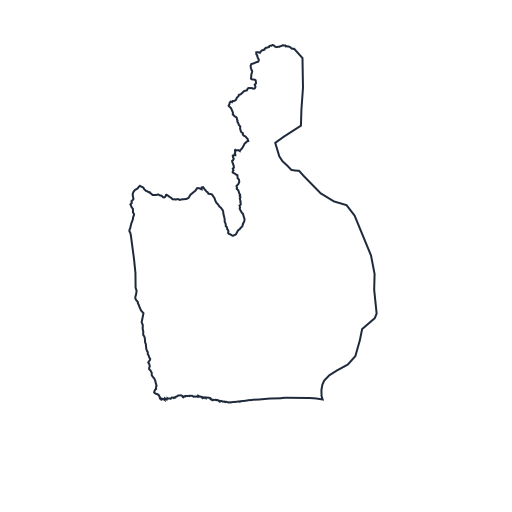 Tacna, Tacna, Peru, rotated 318°
{"feature_id": "86281439B72337675709954", "entity_name": "Tacna", "entity_type": "district", "adm_level": 2, "iso_a3": "PER", "parent_name": "Peru", "parent_adm1": "Tacna", "projection": "equal_earth", "projection_center": [-70.307, -17.872], "detail": "fine", "context": "isolated", "style": "outline", "palette": "slate", "viewbox_px": 512, "rotation_deg": 318, "n_neighbors": 0, "source": "geoboundaries", "source_scale": "gbopen_adm2", "svg_char_len": 6109}
<svg xmlns="http://www.w3.org/2000/svg" viewBox="0 0 512 512"><g transform="rotate(318 256 256)"><path d="M89.1,289.1L89.1,289.8L89.0,290.1L89.3,291.2L90.3,292.7L90.2,293.1L90.5,293.4L90.7,294.4L89.9,296.7L89.2,297.6L89.6,298.6L89.5,299.4L89.9,299.5L89.9,298.9L90.1,298.6L90.1,299.2L91.4,300.5L91.6,301.2L91.7,300.9L91.9,301.3L92.3,301.1L92.5,301.3L92.7,301.1L93.0,301.7L93.2,301.4L93.6,302.8L93.9,302.6L94.6,302.8L95.0,302.4L95.2,303.1L96.3,303.9L97.1,305.0L98.6,304.8L100.0,306.0L99.9,306.6L100.1,306.7L100.3,306.6L101.3,307.2L101.9,306.8L103.3,307.5L104.6,307.5L107.0,309.3L107.7,310.8L107.2,311.8L107.4,312.4L109.0,312.4L109.5,312.6L109.6,313.0L110.1,312.9L111.0,313.7L111.3,314.3L112.7,315.1L112.9,315.6L113.4,315.7L115.0,317.2L115.5,318.9L116.4,319.3L116.7,319.9L117.7,320.5L118.1,321.2L118.6,321.1L118.8,321.7L119.4,321.3L119.4,321.8L119.7,321.9L119.6,322.4L120.8,323.5L120.9,324.0L121.4,324.4L121.3,325.3L121.1,325.3L121.1,325.6L121.9,325.5L122.2,326.4L122.6,326.1L123.2,326.7L123.1,327.0L123.5,327.4L123.6,327.9L124.0,327.5L126.3,330.0L127.0,331.1L126.9,332.1L126.5,332.2L127.2,334.1L127.7,333.9L128.6,335.0L130.0,336.0L130.0,336.6L131.0,337.2L131.1,337.9L131.5,338.3L131.4,338.6L131.6,339.1L131.5,339.9L131.9,340.1L132.3,339.8L132.6,340.4L133.4,340.7L134.0,342.2L135.0,342.8L135.3,344.0L136.2,344.2L137.2,345.9L137.7,346.6L138.2,346.8L138.7,347.5L139.1,347.6L139.2,347.9L141.1,349.0L143.8,351.2L145.7,352.4L146.2,352.9L146.4,353.5L147.0,353.4L147.5,353.7L150.5,356.0L154.9,358.8L156.0,359.9L157.6,360.8L162.1,364.6L170.7,371.0L179.2,378.3L181.0,379.4L184.1,382.0L201.0,397.6L205.0,401.7L209.5,407.2L210.9,404.1L214.9,399.4L219.3,396.0L223.4,394.2L230.6,393.7L239.5,395.2L251.6,398.1L262.8,396.9L276.8,388.1L286.0,381.3L302.5,381.7L304.7,380.7L307.2,379.4L321.2,360.2L332.1,348.7L341.8,332.6L356.3,292.0L357.3,278.8L350.4,267.5L346.8,255.3L346.0,253.0L345.0,228.5L345.0,221.5L342.2,218.6L339.9,215.7L339.7,209.8L339.1,203.2L340.0,197.5L346.0,184.8L356.2,185.9L376.6,189.2L387.8,177.5L403.5,162.4L423.0,140.0L423.0,127.5L422.2,127.1L422.1,126.6L421.3,125.7L421.1,123.5L420.2,121.8L419.4,121.2L419.0,120.3L418.5,120.1L418.7,119.7L418.5,119.0L418.0,118.8L417.0,117.3L415.8,117.1L414.2,116.3L413.4,116.2L412.8,115.5L411.1,114.6L410.3,113.4L410.1,111.3L409.4,110.2L408.2,110.1L407.5,109.4L406.5,108.9L405.6,109.4L404.5,109.0L402.7,107.9L402.2,108.1L401.5,107.8L400.3,108.3L399.9,107.9L399.3,108.0L398.6,107.4L397.6,107.1L396.6,107.3L395.8,107.2L394.9,107.6L393.8,105.8L392.5,104.8L391.3,106.2L391.1,106.9L391.2,107.7L390.5,108.5L389.7,110.8L389.7,111.6L388.7,112.7L387.1,113.0L386.2,112.3L382.9,111.2L381.0,110.2L379.2,111.1L378.0,112.9L377.2,114.7L377.0,115.8L376.7,116.3L373.3,118.5L372.9,119.2L370.9,120.8L371.1,121.9L373.1,124.2L373.3,125.2L371.7,127.5L371.1,127.8L369.6,127.8L369.0,129.7L367.8,130.5L366.8,130.5L365.6,129.4L365.3,128.4L363.7,127.1L363.1,126.3L361.9,126.0L360.2,126.8L357.5,125.5L352.7,125.6L351.1,124.8L349.9,125.5L347.4,125.6L345.8,126.5L344.4,126.4L343.1,126.0L342.3,125.2L341.1,125.6L340.5,124.3L338.9,124.5L338.0,125.4L336.3,125.9L336.1,126.3L336.4,129.6L336.0,130.4L334.9,133.8L334.5,134.4L333.4,135.3L333.6,136.4L333.5,137.8L334.1,139.0L334.2,140.4L333.3,141.7L332.9,143.0L332.4,143.2L331.8,144.3L331.8,145.3L331.0,147.0L330.9,149.3L329.2,150.9L328.9,151.9L328.1,153.3L328.0,154.0L328.4,156.1L327.6,156.7L327.3,158.0L328.1,160.0L328.1,163.3L327.2,165.4L325.4,164.7L324.4,165.0L322.9,164.8L319.6,166.1L316.9,166.8L314.8,166.8L314.2,167.2L313.7,165.5L312.1,164.5L311.8,163.3L311.4,163.2L310.8,163.6L310.0,165.0L308.8,165.6L308.7,166.6L308.0,167.3L306.5,165.9L305.8,165.9L304.7,168.0L304.5,168.9L302.9,169.5L302.0,169.3L301.4,170.0L299.9,173.8L298.7,175.6L297.2,175.5L296.5,177.3L295.4,177.5L294.6,178.3L294.6,178.6L295.4,180.7L295.8,182.6L296.3,183.5L294.4,185.9L294.5,187.7L293.2,189.7L291.1,190.7L288.4,190.9L288.0,191.4L287.5,192.7L286.6,193.2L286.8,195.3L285.5,198.2L285.1,200.1L284.1,200.3L283.8,201.9L282.5,202.3L281.0,205.2L280.4,205.4L280.1,206.4L279.1,207.5L277.5,207.5L276.6,209.3L275.7,209.7L275.2,210.9L274.5,213.9L274.4,214.8L274.6,215.7L272.1,221.0L270.6,222.3L269.1,223.0L268.1,223.1L267.5,223.8L266.6,224.1L265.7,224.8L262.7,224.9L261.9,225.2L259.9,224.9L255.5,226.5L252.3,225.5L251.8,224.3L251.5,222.8L250.7,221.7L250.7,220.2L251.8,219.4L252.6,218.0L252.6,216.6L253.3,215.8L253.7,214.7L253.5,213.6L254.8,212.1L255.9,209.2L256.7,208.5L257.7,207.1L260.2,202.5L261.3,201.1L261.9,199.7L262.2,196.6L261.9,194.9L262.3,192.2L262.2,189.7L263.0,187.1L263.8,185.5L264.4,181.4L264.3,180.3L262.3,177.9L262.7,176.5L262.3,174.7L262.5,173.5L262.4,172.2L262.8,169.5L261.5,168.7L260.2,170.1L259.1,167.6L258.2,166.6L257.3,166.1L256.3,166.6L254.6,166.9L248.1,166.6L245.0,167.7L242.5,167.1L238.2,163.9L237.0,163.4L236.7,163.1L236.5,162.1L235.5,161.0L234.1,160.4L233.7,159.5L232.6,158.8L231.9,157.8L231.9,156.1L231.3,154.2L230.8,151.5L230.4,150.5L229.9,150.4L228.4,151.3L226.8,151.0L226.3,150.2L226.1,147.8L225.3,147.1L224.5,144.8L222.5,143.8L219.9,141.4L219.9,140.4L219.4,137.8L219.7,137.8L219.7,137.4L218.9,136.7L218.4,134.9L217.9,134.3L217.6,131.7L218.0,129.8L217.7,128.7L217.0,127.4L216.7,126.2L214.9,126.2L213.2,126.6L210.2,125.9L207.4,126.5L205.4,127.8L203.1,131.6L202.3,131.9L200.4,131.9L200.1,132.0L199.1,133.5L197.2,133.6L197.0,134.6L196.3,136.1L196.0,138.7L194.5,140.5L193.8,141.1L193.4,143.2L193.0,143.7L190.3,145.2L189.3,146.2L185.1,148.4L180.7,151.4L179.6,151.8L178.4,153.0L178.2,154.4L177.1,156.5L163.4,176.5L155.0,188.0L145.3,199.0L144.0,201.9L143.5,202.4L140.9,204.5L139.1,205.5L138.0,206.7L137.5,208.0L137.4,211.2L136.4,212.3L136.3,213.6L135.3,215.9L134.3,218.9L134.1,219.8L134.1,223.2L126.7,228.7L125.7,231.5L122.8,234.6L121.8,236.6L119.4,239.1L119.2,240.8L118.5,242.5L115.8,246.0L115.2,247.7L112.3,251.6L111.4,253.9L111.3,255.0L109.9,256.5L109.7,257.9L108.7,260.2L108.5,261.7L107.7,262.3L104.7,263.0L104.5,263.5L104.5,264.6L103.3,266.8L101.4,267.9L100.9,268.6L101.0,270.5L100.3,273.1L98.7,274.9L98.4,277.7L98.4,279.0L97.7,281.3L97.2,282.0L95.2,286.0L94.5,286.2L93.1,287.3L92.8,288.0L91.3,287.9L89.1,289.1Z" fill="none" stroke="#1e293b" stroke-width="2"/></g></svg>